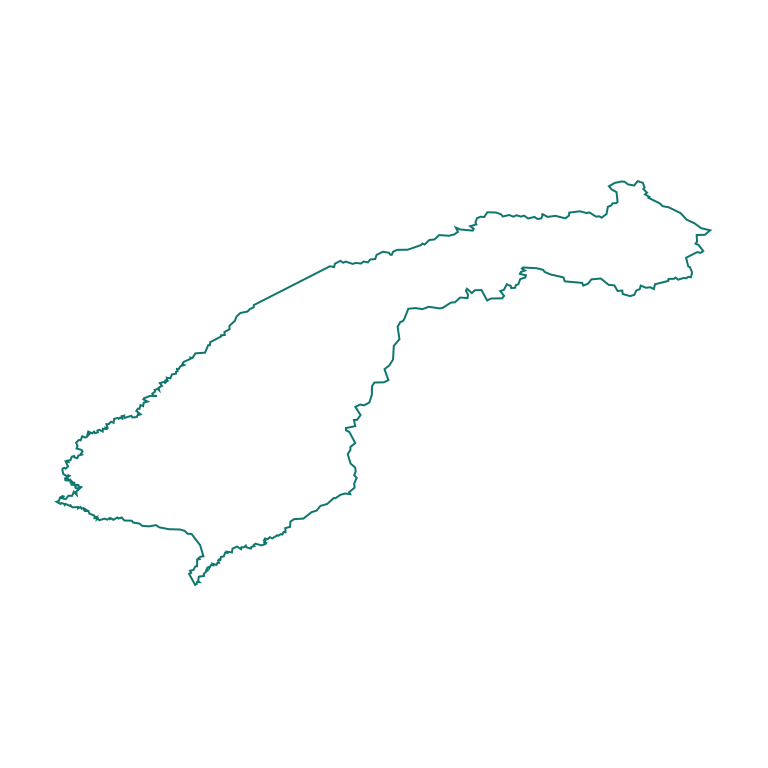 outline of San Vicente Del Caguán, Caquetá, Colombia, rotated 88°
{"feature_id": "7082276B18611822799653", "entity_name": "San Vicente Del Caguán", "entity_type": "district", "adm_level": 2, "iso_a3": "COL", "parent_name": "Colombia", "parent_adm1": "Caquetá", "projection": "equal_earth", "projection_center": [-74.217, 1.75], "detail": "fine", "context": "isolated", "style": "outline", "palette": "teal", "viewbox_px": 768, "rotation_deg": 88, "n_neighbors": 0, "source": "geoboundaries", "source_scale": "gbopen_adm2", "svg_char_len": 6125}
<svg xmlns="http://www.w3.org/2000/svg" viewBox="0 0 768 768"><g transform="rotate(88 384 384)"><path d="M192.0,118.3L190.1,123.4L194.4,127.1L193.0,133.2L190.3,136.5L189.9,139.5L191.1,146.4L194.2,152.3L197.5,149.7L200.4,144.9L210.2,144.2L211.4,145.7L211.4,149.2L213.4,150.6L214.8,154.1L221.9,155.7L225.4,160.8L223.9,163.0L224.1,166.3L219.7,172.7L220.2,175.6L218.2,182.1L219.2,192.9L222.1,193.2L224.8,197.0L221.9,206.8L222.7,214.7L219.3,220.4L220.7,219.5L224.0,221.1L224.5,224.7L222.3,227.8L223.6,234.2L220.6,238.2L221.5,241.2L220.0,245.8L221.3,248.8L219.5,252.9L220.7,259.5L218.5,261.1L216.5,266.2L216.0,274.7L220.6,278.0L220.2,281.7L221.6,285.3L225.9,287.0L227.8,286.2L229.3,292.3L232.1,288.9L233.8,290.0L232.2,302.6L230.2,306.7L234.5,304.8L237.0,308.6L238.1,314.0L237.1,323.6L241.3,328.5L241.7,333.7L246.0,338.5L245.0,340.8L246.4,342.0L250.6,355.6L250.4,366.1L252.0,370.2L255.1,371.7L255.1,373.1L253.0,374.5L251.8,380.5L254.7,386.9L258.8,388.4L259.1,393.5L261.9,395.8L260.9,400.1L262.8,402.7L262.0,408.1L262.9,411.1L260.3,418.1L261.4,420.5L259.4,423.2L262.1,428.9L265.4,429.8L264.4,433.8L300.6,511.4L302.8,511.5L304.4,515.5L306.8,517.8L308.0,525.0L311.4,529.0L315.7,530.9L320.4,536.4L323.9,536.5L326.5,541.7L329.5,541.5L329.6,545.1L330.8,545.1L336.1,556.2L339.1,556.6L339.1,558.4L346.4,561.7L346.8,571.4L351.4,574.6L350.8,576.6L352.1,576.5L354.9,583.5L357.1,584.9L358.0,583.1L359.2,586.9L362.0,588.7L361.7,590.3L364.0,589.9L364.5,591.4L366.4,591.6L367.0,595.6L370.9,597.3L370.1,600.9L373.2,600.4L372.7,602.3L374.0,603.1L373.9,601.1L375.3,602.7L374.1,603.6L375.3,608.0L378.1,605.9L379.8,609.4L382.5,608.9L381.1,610.3L381.9,613.4L383.7,613.2L385.6,615.9L387.4,615.2L388.2,611.2L387.7,618.1L389.9,624.4L391.0,625.0L393.3,620.8L394.3,624.8L397.7,625.5L396.6,628.1L400.3,629.2L400.0,630.8L402.4,632.5L405.8,628.3L406.3,630.0L405.3,630.7L408.4,632.3L408.7,636.5L407.0,637.6L408.9,644.7L406.5,644.7L407.0,647.3L409.4,647.0L408.4,649.0L409.5,650.4L408.6,651.5L409.5,654.9L413.3,655.6L412.2,658.2L414.5,660.5L414.5,662.8L418.1,661.8L417.9,663.7L419.3,663.0L418.9,666.5L421.7,666.8L419.8,670.1L420.5,672.0L422.3,671.7L423.0,674.5L421.5,675.4L423.1,677.3L421.2,681.2L424.1,682.1L423.8,680.2L426.5,682.9L427.1,684.5L425.7,687.5L429.8,689.1L429.3,691.0L431.9,693.8L435.2,692.4L437.7,693.5L439.4,688.4L441.1,687.6L443.1,689.4L444.0,688.3L444.9,692.0L447.4,693.1L446.5,696.0L445.2,696.1L445.7,698.5L449.1,700.0L449.6,703.0L450.8,702.2L450.3,704.8L455.4,702.7L457.5,705.1L456.6,706.5L457.3,708.0L458.6,708.5L462.8,707.6L465.4,703.6L464.2,702.8L464.8,701.6L466.3,704.3L467.6,703.2L467.4,706.0L469.0,705.8L469.7,701.5L468.8,700.9L470.5,699.4L471.4,700.3L471.9,696.1L472.4,699.7L473.7,699.9L474.3,692.2L475.2,696.2L477.3,695.8L477.8,693.4L475.8,692.1L476.5,690.2L480.8,695.4L483.9,695.0L480.8,697.7L485.0,699.7L484.6,703.2L487.9,706.1L486.9,710.0L485.2,708.2L484.8,709.2L486.1,711.7L489.5,713.0L490.3,715.3L492.6,711.4L491.7,710.6L492.6,707.7L493.8,707.3L492.8,706.2L494.8,702.3L493.7,701.0L495.0,701.6L496.4,699.3L496.3,694.1L497.6,694.2L496.3,691.6L498.1,690.6L497.5,688.7L498.8,686.8L498.9,688.3L499.4,686.5L499.6,688.0L500.5,687.5L500.6,683.9L503.3,682.9L505.3,678.2L507.1,677.9L506.8,676.1L508.0,677.3L508.0,675.0L509.2,675.5L508.6,674.5L510.2,673.3L508.8,667.8L509.9,665.5L508.4,662.8L509.5,662.5L508.8,661.2L510.3,659.2L508.1,655.1L509.2,654.0L508.2,650.8L511.4,648.2L511.8,640.8L513.6,639.7L515.0,633.2L517.3,630.6L518.1,624.1L517.1,616.8L519.4,613.6L521.6,604.0L522.3,592.9L523.8,588.3L526.8,585.6L527.1,581.6L538.6,573.4L549.9,570.5L550.2,573.4L551.6,575.4L552.6,574.5L553.0,576.9L559.6,577.2L559.9,579.0L563.2,581.0L563.8,584.3L566.0,583.3L566.9,585.4L578.1,579.8L577.4,578.2L575.5,577.9L575.6,575.4L574.4,576.6L570.1,575.8L569.5,570.5L567.7,570.9L564.2,567.0L563.8,568.1L561.2,566.7L560.7,565.1L561.9,565.0L558.8,563.1L559.2,561.1L557.6,561.7L559.0,557.8L556.9,556.7L557.0,555.1L554.5,555.9L553.5,554.9L554.2,553.7L551.1,553.0L550.7,550.1L547.0,548.6L547.2,546.5L546.1,547.0L547.0,541.8L543.3,541.2L541.3,536.6L544.1,532.6L542.2,532.2L542.4,530.0L540.7,527.7L542.5,527.1L543.8,522.8L542.1,522.2L541.5,519.2L540.4,519.8L539.1,518.1L541.0,512.2L539.8,508.0L538.7,507.3L538.1,509.2L536.6,508.1L536.1,509.4L534.2,508.3L535.1,505.7L533.1,503.5L534.4,501.1L531.4,495.8L532.0,494.9L530.4,492.5L530.9,490.9L528.4,489.5L528.7,487.6L524.6,487.7L523.5,482.9L518.2,482.3L515.9,478.5L515.7,469.2L509.5,460.8L508.2,455.8L503.6,451.8L501.9,444.9L496.2,438.2L496.4,436.4L493.2,431.4L492.1,426.8L492.9,421.7L491.0,422.7L486.6,417.1L482.3,417.2L476.8,414.6L474.2,417.0L470.3,415.3L466.4,415.8L462.3,420.2L452.8,422.7L448.8,419.9L445.7,419.8L442.0,414.8L430.7,420.3L429.0,423.6L426.7,423.6L425.1,414.2L418.9,415.3L418.9,412.2L414.3,408.5L405.8,413.4L403.7,408.5L404.6,404.7L402.0,399.3L394.4,396.5L385.9,396.1L382.2,393.6L382.3,384.0L380.3,379.5L369.2,383.0L365.5,377.9L359.8,374.1L346.3,372.9L339.8,367.0L327.2,368.4L322.6,365.5L321.8,362.9L319.4,361.3L309.7,357.1L309.2,350.2L310.5,342.8L308.4,336.7L310.4,325.5L309.9,322.6L305.0,314.3L304.8,310.2L300.3,305.0L301.0,297.5L297.6,296.9L293.8,298.9L291.7,297.8L296.2,293.1L293.5,290.0L293.5,283.3L304.1,278.0L302.3,274.1L302.5,262.9L300.1,260.9L295.3,264.6L294.1,260.9L288.6,257.8L290.4,253.9L292.6,253.5L292.4,249.6L289.9,248.9L289.0,246.3L283.9,244.2L282.5,239.1L280.3,238.3L278.8,244.3L276.9,243.4L275.5,239.2L273.5,242.2L272.4,241.1L273.6,227.4L275.5,220.9L277.5,219.7L280.4,213.6L283.7,200.9L287.7,199.8L289.9,182.4L292.6,181.5L290.9,176.6L286.7,173.1L286.1,163.7L292.7,156.1L293.5,150.3L299.2,147.3L298.9,142.6L302.4,142.3L304.7,135.1L303.7,130.8L299.4,128.6L298.1,125.1L294.6,124.0L297.0,118.7L296.6,114.6L298.5,111.0L293.8,109.7L290.9,96.3L288.9,96.0L289.0,90.7L287.8,88.9L290.0,86.3L288.4,80.6L289.0,78.5L287.5,76.1L288.0,73.5L283.3,72.2L278.1,74.1L276.9,75.9L268.4,77.7L263.1,66.4L264.0,63.0L262.3,60.3L255.9,64.9L254.7,67.7L252.5,66.2L246.0,66.3L246.1,58.1L241.8,52.7L239.4,61.5L234.2,68.1L230.4,75.7L223.6,81.6L217.3,93.4L216.0,99.3L213.1,102.1L207.2,113.2L206.3,112.3L203.6,116.5L201.9,114.5L198.2,118.0L196.7,116.7L192.0,118.3Z" fill="none" stroke="#0f766e" stroke-width="2"/></g></svg>